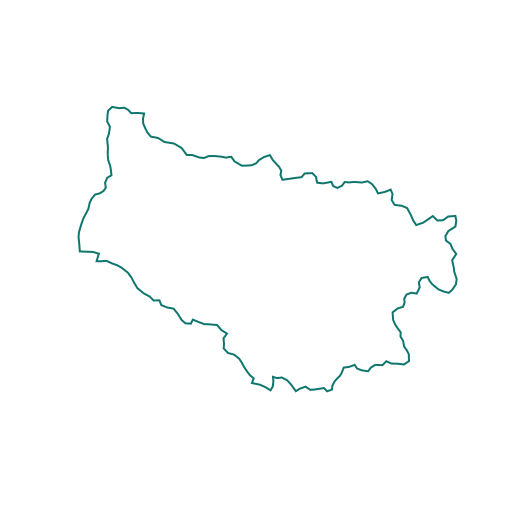 outline of Ribeirão Grande, São Paulo, Brazil, rotated 294°
{"feature_id": "56859067B45987470635802", "entity_name": "Ribeirão Grande", "entity_type": "district", "adm_level": 2, "iso_a3": "BRA", "parent_name": "Brazil", "parent_adm1": "São Paulo", "projection": "albers", "projection_center": [-48.356, -24.183], "detail": "fine", "context": "isolated", "style": "outline", "palette": "teal", "viewbox_px": 512, "rotation_deg": 294, "n_neighbors": 0, "source": "geoboundaries", "source_scale": "gbopen_adm2", "svg_char_len": 2816}
<svg xmlns="http://www.w3.org/2000/svg" viewBox="0 0 512 512"><g transform="rotate(294 256 256)"><path d="M174.2,254.6L173.3,261.1L167.6,259.8L162.7,262.5L158.4,264.1L156.0,269.9L157.0,276.1L155.3,282.5L153.0,286.1L149.8,290.2L146.6,295.3L144.5,299.3L143.3,303.7L138.3,304.0L140.0,311.9L140.0,317.9L139.2,323.9L143.8,324.4L148.7,322.8L152.5,320.7L153.0,324.9L155.5,329.0L155.1,335.1L152.8,340.4L148.7,347.4L152.6,350.0L156.8,354.4L155.8,360.0L158.2,364.4L163.0,371.8L161.3,376.0L164.9,379.7L168.7,378.5L173.4,378.8L177.2,380.0L180.8,381.5L184.8,381.8L189.7,381.5L192.6,386.2L196.7,390.4L194.3,394.1L194.6,399.3L196.3,405.3L200.7,406.3L205.0,409.2L207.7,415.9L212.9,417.9L212.8,423.4L215.2,429.2L217.1,435.3L222.2,438.5L228.5,435.5L231.4,431.8L233.6,428.1L238.2,425.0L241.2,420.8L245.1,419.2L247.9,414.3L250.3,410.7L253.5,407.2L260.1,403.7L265.9,406.9L269.4,411.0L273.8,410.7L277.3,408.8L282.1,409.2L285.7,413.0L287.0,418.1L293.8,418.3L298.2,415.5L303.3,416.2L306.7,421.4L303.9,424.6L301.8,428.7L299.7,436.4L299.9,442.3L300.8,447.1L305.0,449.0L311.4,450.2L316.5,448.7L322.4,443.4L326.4,441.0L331.9,436.9L339.3,438.1L342.5,432.5L346.1,428.8L347.4,423.2L351.2,420.9L357.1,421.6L364.0,426.2L369.8,424.6L373.7,421.8L370.2,415.5L364.7,412.3L362.2,407.2L364.4,401.3L354.6,395.3L349.4,389.8L352.7,384.8L356.1,381.2L361.2,374.6L361.2,369.0L359.1,361.8L362.3,357.2L368.2,355.5L371.4,352.0L366.7,347.4L362.8,342.0L365.9,338.3L368.9,332.7L369.7,327.6L366.1,322.7L363.9,316.2L361.0,310.9L359.6,306.9L355.3,306.0L351.3,302.7L351.3,298.1L354.4,294.7L349.7,287.9L347.8,282.1L352.7,278.6L354.6,273.7L351.2,266.9L346.6,265.6L343.5,260.5L339.8,254.6L336.4,249.1L340.0,245.4L344.2,244.4L346.8,240.9L348.5,236.9L350.4,232.5L353.8,227.6L349.6,223.0L344.7,219.7L340.7,218.4L337.3,215.3L335.0,211.1L332.7,206.3L333.7,197.9L336.6,193.0L333.7,188.6L332.4,183.2L330.7,178.1L328.0,172.1L324.3,168.6L322.9,163.9L322.3,156.5L320.1,151.7L324.4,144.2L325.4,135.3L322.9,126.0L324.0,118.6L322.3,111.4L324.8,106.3L327.7,102.8L331.1,99.1L335.3,97.0L340.7,95.8L338.4,89.4L335.7,83.9L337.5,79.8L337.9,75.3L335.4,71.0L333.7,64.0L328.7,61.8L324.4,63.0L318.4,65.3L314.7,70.0L307.6,72.0L302.5,72.3L294.9,76.6L288.7,79.1L283.6,81.9L279.2,86.0L275.0,88.8L270.9,91.1L267.0,88.3L261.6,88.3L257.3,91.0L253.2,90.2L249.5,87.6L246.7,84.0L241.2,82.5L237.1,82.4L230.8,83.7L226.9,83.5L220.4,83.0L213.8,83.5L205.7,84.6L200.9,86.3L196.1,89.1L188.5,93.2L190.3,97.7L193.4,105.4L194.2,111.5L186.4,112.5L188.1,116.5L190.7,121.2L190.7,127.9L191.1,133.0L190.7,137.6L188.7,145.6L185.6,151.1L182.2,155.3L178.4,160.7L176.2,168.8L175.7,175.5L173.7,180.5L176.2,185.8L172.6,189.5L172.9,196.1L174.4,202.1L171.4,208.0L167.2,214.2L165.8,219.0L167.7,224.0L172.2,224.2L172.3,229.2L172.7,236.3L174.9,242.0L177.1,248.5L174.2,254.6Z" fill="none" stroke="#0f766e" stroke-width="2"/></g></svg>